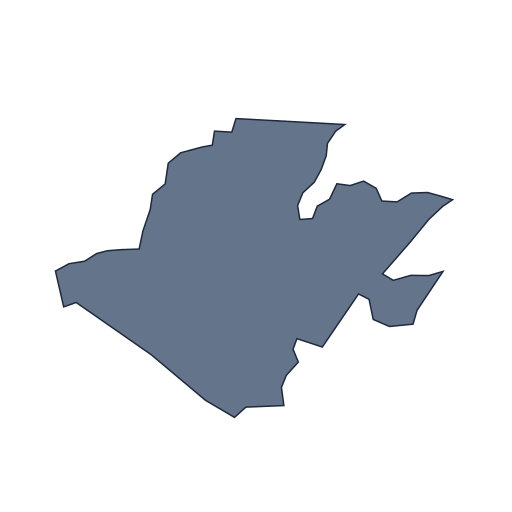 the district of Harmonia, Rio Grande do Sul, Brazil, rotated 294°
{"feature_id": "56859067B90836934538092", "entity_name": "Harmonia", "entity_type": "district", "adm_level": 2, "iso_a3": "BRA", "parent_name": "Brazil", "parent_adm1": "Rio Grande do Sul", "projection": "robinson", "projection_center": [-51.418, -29.546], "detail": "fine", "context": "isolated", "style": "filled", "palette": "slate", "viewbox_px": 512, "rotation_deg": 294, "n_neighbors": 0, "source": "geoboundaries", "source_scale": "gbopen_adm2", "svg_char_len": 996}
<svg xmlns="http://www.w3.org/2000/svg" viewBox="0 0 512 512"><g transform="rotate(294 256 256)"><path d="M353.2,167.3L339.5,171.0L333.4,162.1L319.7,145.2L305.1,138.1L284.9,143.7L270.3,136.4L255.3,140.5L233.0,142.5L214.8,146.4L207.1,130.5L200.3,118.0L193.4,109.4L181.5,101.5L172.9,88.3L160.7,78.9L131.3,101.0L140.4,110.6L123.2,200.4L103.6,268.6L99.8,302.0L113.8,308.2L120.7,322.1L130.7,342.3L146.3,332.7L159.2,332.2L176.3,337.8L185.9,327.8L197.1,327.0L199.8,353.6L263.0,365.1L262.4,376.9L245.7,388.9L245.9,406.6L257.6,427.2L271.9,425.2L318.0,433.1L308.4,421.8L301.3,405.3L289.6,391.3L291.1,378.8L330.3,390.9L359.7,399.0L377.2,406.3L387.4,412.7L385.9,400.9L383.8,386.9L376.7,372.4L362.8,362.9L357.4,348.6L366.7,338.3L368.2,323.9L358.6,313.3L354.9,300.5L337.8,300.1L326.5,291.7L313.2,292.4L307.2,281.2L319.0,273.5L332.8,273.1L347.0,279.2L361.3,280.4L376.1,279.4L388.0,275.5L402.4,278.0L412.2,283.6L373.4,181.8L359.3,183.5L353.2,167.3Z" fill="#64748b" stroke="#1e293b" stroke-width="1.5"/></g></svg>